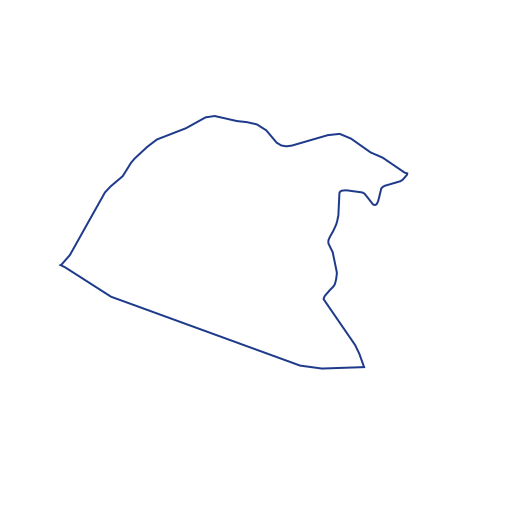 map outline of Tozeur (Mercator projection), rotated 59°
{"feature_id": "TUN-101", "entity_name": "Tozeur", "entity_type": "Governorate", "adm_level": 1, "iso_a3": "TUN", "parent_name": "Tunisia", "parent_adm1": "", "projection": "mercator", "projection_center": [7.997, 33.974], "detail": "fine", "context": "isolated", "style": "outline", "palette": "blue", "viewbox_px": 512, "rotation_deg": 59, "n_neighbors": 0, "source": "natural_earth", "source_scale": "10m", "svg_char_len": 1107}
<svg xmlns="http://www.w3.org/2000/svg" viewBox="0 0 512 512"><g transform="rotate(59 256 256)"><path d="M163.1,428.2L163.1,426.9L159.3,415.0L139.8,380.9L123.7,352.7L121.5,344.9L118.9,329.1L111.6,314.8L109.9,309.6L106.4,292.8L105.1,280.9L110.4,250.2L111.2,227.7L114.7,219.4L120.2,213.6L130.4,203.0L136.7,194.7L143.6,187.5L153.5,182.5L169.6,179.9L174.4,177.3L177.6,173.5L179.8,168.5L189.4,132.2L194.4,121.4L204.3,114.1L226.3,104.4L236.9,96.8L261.0,85.7L263.1,83.8L264.2,84.9L266.1,90.6L266.3,93.6L262.1,109.6L262.1,112.0L262.6,113.8L271.5,122.6L272.5,123.9L273.8,126.2L273.6,127.6L272.9,128.6L271.6,129.2L259.5,130.7L258.3,131.0L257.2,131.5L256.0,132.5L247.0,143.7L245.6,145.8L244.1,149.1L244.2,150.7L244.9,152.0L263.5,164.4L268.3,168.8L270.4,171.2L274.2,176.7L277.3,182.2L279.3,185.2L280.5,186.3L281.6,187.0L282.8,187.5L292.2,188.3L311.3,195.0L312.8,195.8L317.1,199.2L320.5,202.6L321.5,204.2L322.1,205.7L323.2,210.0L325.5,217.2L326.7,219.2L327.9,220.3L383.5,216.9L393.1,217.8L406.9,220.6L386.4,257.5L372.6,274.7L216.3,401.2L167.3,425.5L163.1,428.2Z" fill="none" stroke="#1e3a8a" stroke-width="2"/></g></svg>